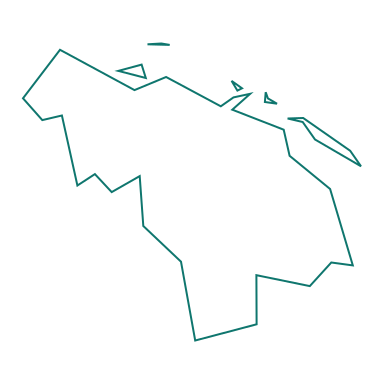 Villa Clara, Mercator projection
{"feature_id": "CUB-1431", "entity_name": "Villa Clara", "entity_type": "Province", "adm_level": 1, "iso_a3": "CUB", "parent_name": "Cuba", "parent_adm1": "", "projection": "mercator", "projection_center": [-80.068, 22.547], "detail": "coarse", "context": "isolated", "style": "outline", "palette": "teal", "viewbox_px": 384, "rotation_deg": 0, "n_neighbors": 0, "source": "natural_earth", "source_scale": "10m", "svg_char_len": 704}
<svg xmlns="http://www.w3.org/2000/svg" viewBox="0 0 384 384"><path d="M60.0,49.8L134.5,90.1L166.1,77.0L220.8,106.3L233.5,97.4L250.2,93.8L232.3,109.7L283.7,129.7L289.6,155.8L330.1,189.0L352.8,265.4L331.3,262.5L309.8,286.1L256.4,275.2L256.6,324.3L195.2,340.5L181.0,261.7L143.3,226.0L139.7,176.1L111.7,192.1L94.9,174.1L77.4,185.5L61.9,115.5L42.3,120.1L23.0,98.3L60.0,49.8ZM361.0,166.3L315.0,139.5L302.7,122.0L287.6,118.5L303.2,118.0L350.2,150.8L361.0,166.3ZM118.3,70.9L141.6,64.6L145.8,78.0L118.3,70.9ZM147.5,44.3L161.4,43.5L169.7,44.9L147.5,44.3ZM277.0,103.7L264.9,102.0L265.7,92.2L267.9,98.4L277.0,103.7ZM231.6,80.9L242.0,88.3L237.4,90.6L231.6,80.9Z" fill="none" stroke="#0f766e" stroke-width="2"/></svg>